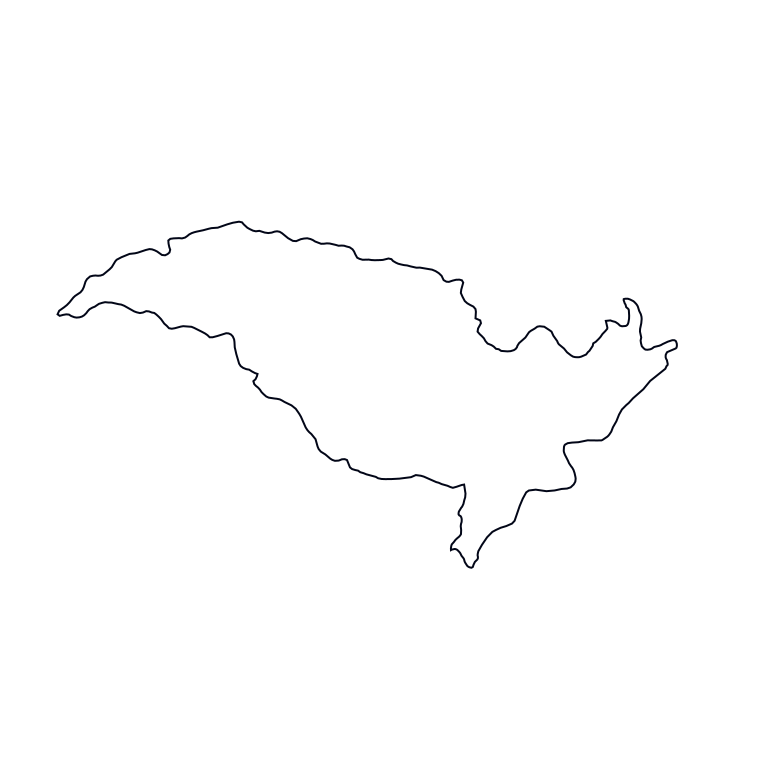 Uarini, Amazonas, Brazil, rotated 73°
{"feature_id": "56859067B41696806475339", "entity_name": "Uarini", "entity_type": "district", "adm_level": 2, "iso_a3": "BRA", "parent_name": "Brazil", "parent_adm1": "Amazonas", "projection": "mercator", "projection_center": [-65.366, -3.206], "detail": "fine", "context": "isolated", "style": "outline", "palette": "ink", "viewbox_px": 768, "rotation_deg": 73, "n_neighbors": 0, "source": "geoboundaries", "source_scale": "gbopen_adm2", "svg_char_len": 6144}
<svg xmlns="http://www.w3.org/2000/svg" viewBox="0 0 768 768"><g transform="rotate(73 384 384)"><path d="M562.4,368.5L562.2,367.6L562.4,364.9L562.7,364.0L563.2,363.3L564.1,362.4L566.8,361.0L568.2,360.5L570.9,360.1L573.9,358.9L574.9,358.7L577.4,358.8L578.6,358.6L581.8,357.7L582.6,357.4L583.8,356.4L584.7,355.2L585.3,354.0L584.9,352.5L583.0,351.2L580.7,349.1L579.1,346.0L578.0,345.1L576.7,344.7L575.3,344.6L574.0,344.1L571.5,342.7L566.4,337.3L560.7,330.2L557.1,323.6L556.3,319.6L555.6,314.5L555.6,308.6L554.9,302.4L553.0,299.1L540.3,289.9L534.2,284.8L529.2,279.7L528.2,276.6L529.4,269.8L534.0,260.0L535.7,251.9L536.3,244.8L537.5,239.5L537.4,235.7L535.5,231.9L533.3,229.6L530.6,228.4L528.8,228.1L524.9,227.8L521.6,227.9L518.9,228.5L517.5,229.1L513.9,230.2L511.1,230.5L504.4,231.7L502.8,231.8L501.3,231.8L500.0,231.5L496.6,230.2L495.4,229.3L494.9,228.5L494.3,225.6L495.0,221.3L496.5,215.1L497.4,205.8L500.3,196.7L501.5,192.5L501.4,191.5L499.7,185.9L499.0,184.5L498.2,183.3L496.0,180.6L492.3,177.7L487.6,172.7L481.9,168.1L477.9,163.9L475.0,158.5L473.7,155.5L470.5,150.1L464.8,137.5L458.9,128.6L451.7,110.5L449.5,108.6L448.9,107.4L447.8,106.8L443.8,106.5L442.6,106.8L441.1,106.9L439.6,106.5L438.4,106.0L437.2,104.9L436.3,103.9L435.3,94.7L434.8,93.7L433.3,92.8L431.9,92.4L430.8,92.2L428.5,92.3L427.6,92.9L427.0,93.6L426.4,95.6L426.5,100.2L427.3,105.9L427.7,107.5L427.9,109.6L427.6,114.3L427.7,115.3L428.4,117.1L428.7,119.1L428.3,122.0L427.5,124.0L426.0,125.1L423.3,126.4L420.2,126.3L417.5,125.9L414.7,124.4L408.8,123.9L406.2,123.0L401.1,120.2L397.2,118.6L395.0,118.1L392.3,118.0L388.6,118.6L384.4,118.6L383.0,118.8L381.2,119.4L378.8,120.6L377.7,121.3L375.1,124.0L373.8,125.8L373.0,128.4L372.9,129.9L373.8,130.3L377.3,130.2L378.6,129.8L381.4,129.9L383.2,128.7L384.1,128.3L385.1,128.3L390.4,129.6L393.3,130.6L396.3,132.1L397.4,132.8L398.1,133.4L398.8,134.3L399.2,135.8L398.4,139.4L397.9,140.3L397.1,141.3L394.9,142.5L392.9,144.1L392.1,144.9L390.7,147.2L389.4,148.9L388.5,153.4L395.4,153.9L396.5,154.4L398.0,156.7L400.1,160.5L402.2,163.1L403.5,165.2L405.6,169.2L406.3,172.0L408.6,173.3L412.3,177.8L413.1,179.6L414.9,182.1L415.5,187.4L415.4,189.6L414.9,191.4L414.1,193.5L413.1,195.2L411.2,196.9L407.2,199.7L402.7,201.5L397.1,205.2L395.3,205.7L393.7,205.8L387.4,207.9L382.9,208.5L380.9,210.0L376.1,214.0L374.3,218.2L374.0,220.6L375.1,223.8L376.1,228.1L376.9,230.2L380.9,235.2L384.4,242.9L386.5,245.3L387.7,246.1L388.3,246.9L389.0,247.9L389.6,249.9L389.6,253.3L388.9,256.4L386.6,262.3L384.3,264.1L383.1,266.6L380.3,268.1L378.3,269.8L375.6,273.1L372.7,274.4L369.5,275.1L366.7,276.5L364.3,277.9L361.3,279.2L358.4,277.8L354.2,273.5L351.3,273.4L348.0,277.3L341.8,275.0L339.1,274.6L336.1,275.9L333.5,278.6L331.1,280.8L328.3,282.5L323.6,283.4L319.4,283.9L316.3,282.5L310.2,278.6L307.6,279.2L306.3,281.3L305.4,284.5L305.2,288.0L305.3,292.1L304.4,294.4L302.1,296.6L297.4,297.3L294.0,299.2L291.1,301.7L288.7,304.6L283.2,315.6L282.2,319.1L279.3,324.2L277.4,327.2L276.1,330.2L274.7,332.7L273.1,335.3L271.4,337.2L269.0,339.4L266.8,340.4L265.3,343.0L265.0,348.8L264.4,351.3L262.9,356.7L261.8,359.7L260.6,362.2L258.9,368.2L257.1,370.9L255.4,372.7L251.7,373.5L248.5,373.9L246.0,374.7L243.2,376.9L241.5,379.7L240.1,381.7L239.2,384.1L238.5,387.0L236.8,389.6L233.8,394.8L232.8,397.5L232.3,400.4L231.5,403.2L227.6,408.2L225.5,410.0L223.9,411.9L222.2,414.8L221.5,418.0L221.2,421.2L221.7,426.2L220.5,429.3L216.5,433.1L209.9,437.5L207.9,439.3L206.7,441.6L206.3,444.1L206.4,447.1L205.8,450.6L204.3,453.8L201.1,458.4L200.5,461.9L199.1,464.4L196.5,467.2L194.6,469.0L190.3,471.5L187.9,472.5L186.4,475.2L185.6,481.4L185.5,487.2L185.9,497.3L184.5,503.4L184.3,506.1L184.1,512.0L183.5,518.8L183.4,521.2L183.5,523.8L184.0,526.5L185.0,528.9L185.8,531.4L185.7,534.6L184.6,537.3L183.2,542.7L182.7,545.9L183.7,548.3L186.8,549.0L190.3,549.3L193.1,549.2L195.5,550.7L196.5,553.0L196.9,555.7L195.7,558.6L191.0,562.2L189.1,564.2L187.4,566.5L186.4,568.9L186.2,572.7L186.4,581.2L186.2,583.9L185.2,589.3L186.0,598.0L187.0,603.3L188.1,605.1L192.6,610.1L194.1,612.9L197.3,620.6L197.4,623.4L196.9,625.8L195.9,628.2L195.4,630.6L195.2,633.6L196.9,637.4L198.8,639.5L203.5,642.7L205.9,644.9L207.6,647.5L209.4,653.5L210.5,655.8L214.0,660.9L215.8,664.2L217.1,667.5L219.0,673.2L221.9,675.8L224.0,674.2L224.1,670.6L224.5,667.5L225.5,665.0L227.5,663.3L229.6,660.6L230.6,658.6L231.2,655.7L231.2,653.1L230.6,650.7L229.2,648.0L227.7,646.0L226.4,643.7L225.7,640.6L225.5,638.0L224.0,633.2L224.0,629.6L224.2,626.8L225.5,623.7L226.5,620.7L230.0,614.6L231.2,612.1L233.2,609.6L241.5,601.7L243.1,599.6L244.8,596.7L245.2,593.6L244.8,590.1L245.9,587.5L247.8,585.1L248.9,582.9L251.0,581.4L253.9,579.7L256.9,578.2L262.0,576.5L264.9,574.7L267.8,573.3L269.1,570.8L269.5,567.8L269.7,561.5L270.0,559.1L273.0,551.4L274.8,549.2L280.7,543.0L283.3,540.4L285.7,538.5L288.3,537.1L289.2,534.2L289.4,529.2L289.3,520.1L290.2,517.8L291.9,515.9L294.3,514.7L297.5,514.3L300.0,514.7L305.3,516.0L312.3,516.5L322.2,516.6L325.0,515.8L327.4,514.0L329.5,511.4L330.9,508.7L333.3,506.7L335.8,504.2L337.4,502.0L339.5,503.3L341.9,505.5L343.1,508.1L346.2,508.1L348.4,507.0L350.6,505.5L353.1,504.3L355.9,503.5L358.4,502.2L361.5,500.3L363.3,498.3L365.8,493.1L366.8,490.8L368.2,488.2L369.8,486.5L372.1,484.4L377.4,478.7L382.0,475.6L387.6,473.8L391.0,473.0L402.7,471.6L405.8,470.7L408.2,469.6L410.6,468.1L416.8,465.6L424.4,465.8L427.1,465.5L430.2,464.2L434.2,460.7L439.7,457.2L441.5,455.6L443.1,453.4L444.0,449.7L443.7,446.2L444.4,443.5L445.9,441.6L453.8,440.9L456.0,439.4L457.9,436.6L459.3,434.1L461.4,432.5L463.3,429.6L465.2,427.3L470.4,419.0L472.4,417.2L474.1,414.1L475.3,410.7L477.1,404.6L479.0,397.0L481.0,385.4L480.4,380.2L482.5,375.6L484.2,373.0L493.1,362.7L494.4,360.6L496.6,358.1L499.9,353.0L501.9,350.7L503.4,348.5L503.5,344.6L503.3,339.3L503.6,336.8L512.6,338.1L516.1,339.5L518.6,341.2L521.9,343.1L524.2,345.2L524.8,346.2L527.9,349.7L529.4,350.5L530.6,350.8L531.7,350.4L532.7,349.4L533.9,349.1L535.2,349.1L536.4,349.3L538.6,350.1L540.4,351.3L542.4,352.2L546.2,352.9L550.1,354.3L551.0,355.3L551.9,356.7L553.0,359.3L554.0,361.3L555.5,363.3L557.2,366.1L558.5,367.0L560.6,368.0L562.4,368.5Z" fill="none" stroke="#020617" stroke-width="2"/></g></svg>